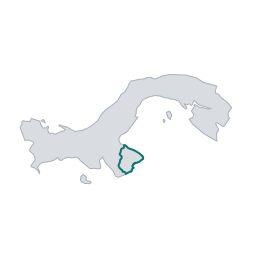 Los Santos on a map of Panama (Mercator projection), rotated 340°
{"feature_id": "PAN-1339", "entity_name": "Los Santos", "entity_type": "Province", "adm_level": 1, "iso_a3": "PAN", "parent_name": "Panama", "parent_adm1": "", "projection": "mercator", "projection_center": [-80.421, 7.617], "detail": "fine", "context": "in_parent", "style": "outline", "palette": "teal", "viewbox_px": 256, "rotation_deg": 340, "n_neighbors": 0, "source": "natural_earth", "source_scale": "10m", "svg_char_len": 4199}
<svg xmlns="http://www.w3.org/2000/svg" viewBox="0 0 256 256"><g transform="rotate(340 128 128)"><path d="M225.9,119.1L225.2,119.5L223.2,122.4L222.1,124.8L224.7,127.4L225.4,130.1L226.9,133.1L229.1,136.1L231.6,141.6L232.2,143.8L231.5,145.3L229.1,146.2L226.9,148.7L226.3,151.9L226.7,153.5L220.0,158.5L218.3,159.3L217.1,158.5L215.7,156.0L214.0,154.0L213.1,153.3L212.5,153.2L212.0,153.7L211.8,154.8L212.6,159.5L211.9,161.5L209.6,162.9L207.0,170.6L206.0,169.7L197.4,159.3L190.0,146.4L188.4,140.6L190.3,140.3L192.2,140.4L193.2,139.5L194.4,137.8L193.4,133.9L197.1,130.9L198.4,128.9L199.4,129.1L201.8,132.6L205.2,134.5L209.4,137.4L212.0,138.0L208.7,135.0L203.0,131.1L201.4,128.5L199.9,124.9L197.7,126.4L196.7,127.8L195.5,128.5L194.5,127.6L194.3,126.4L191.0,126.2L190.1,125.2L189.2,124.6L189.6,126.8L190.3,128.2L189.9,129.9L188.8,130.0L187.9,128.3L186.7,126.7L185.1,120.1L181.3,117.0L179.5,116.0L178.1,115.6L176.0,113.5L173.2,112.4L169.3,109.1L164.7,106.8L158.9,106.0L152.0,106.5L149.6,107.8L148.0,109.4L147.3,110.2L143.2,112.1L141.6,114.8L140.6,117.1L138.6,119.7L140.9,121.3L127.5,130.2L124.8,131.5L118.8,132.4L117.4,133.4L115.6,135.1L115.3,137.8L115.6,140.1L117.4,141.8L118.9,142.9L122.7,148.2L129.3,154.9L130.6,157.3L131.6,160.9L129.6,162.6L128.0,163.3L121.7,163.6L119.5,165.0L118.7,167.2L116.3,169.0L108.2,170.8L101.8,171.0L99.8,168.9L99.3,163.1L95.0,153.3L94.0,146.5L92.9,147.3L90.6,148.1L89.8,149.8L89.3,154.8L88.4,156.5L86.6,156.4L83.0,154.6L78.2,152.9L72.1,142.3L71.4,140.3L70.2,137.9L65.5,136.9L61.5,135.1L57.0,134.8L54.8,135.8L52.5,134.5L52.1,131.6L47.5,132.9L41.5,132.5L36.2,131.2L32.6,131.9L29.5,133.9L30.0,139.2L29.1,140.3L28.9,138.1L27.9,135.6L26.6,133.6L23.9,131.4L23.8,130.6L24.8,129.6L29.7,126.5L30.3,125.2L30.4,122.5L29.9,119.9L27.7,116.1L29.0,113.7L31.5,111.9L34.0,110.4L34.5,109.7L34.0,108.4L32.5,107.0L29.0,104.7L26.9,104.5L26.8,97.7L26.9,90.4L27.4,89.7L28.7,89.3L29.7,88.2L30.3,86.0L31.9,85.3L34.6,86.9L37.5,88.4L38.6,87.9L39.5,87.2L40.1,86.5L40.3,85.8L42.6,87.7L47.2,91.2L47.5,92.9L47.1,94.5L48.3,99.1L50.8,99.8L53.2,98.9L53.8,99.7L53.3,100.6L52.1,101.6L51.8,105.6L55.7,107.4L57.7,109.0L64.3,108.3L66.7,108.7L68.4,108.2L66.5,105.0L64.1,102.7L64.3,101.6L66.1,102.4L67.6,104.0L70.8,106.0L76.7,113.0L83.6,114.6L89.0,114.4L94.0,113.5L102.0,110.8L107.8,105.9L112.4,103.7L127.4,99.1L132.8,94.2L135.0,93.6L137.2,93.0L141.9,89.3L144.4,86.5L147.1,85.0L155.0,86.1L160.2,87.4L163.7,87.2L167.1,88.2L168.6,90.3L170.2,91.2L178.6,90.9L185.5,92.0L200.5,98.1L209.5,104.2L214.3,110.7L225.9,119.1ZM74.7,166.9L72.7,167.1L68.7,165.5L65.8,162.6L65.6,161.6L65.6,160.6L67.2,157.5L69.4,156.5L70.2,156.5L72.2,160.0L70.8,161.4L71.4,163.6L74.3,165.2L74.7,166.9ZM171.4,132.9L170.7,134.5L169.0,131.1L169.3,130.2L169.1,127.1L170.7,126.3L171.9,126.2L172.9,126.6L173.5,130.3L173.0,131.9L171.4,132.9ZM52.1,92.9L51.8,94.6L49.0,91.5L50.6,91.0L51.2,91.1L52.1,92.9ZM165.4,133.7L163.8,135.3L163.2,133.7L164.3,132.2L164.7,132.2L165.4,133.7Z" fill="#d9dde1" stroke="#a8b0b8" stroke-width="1"/><path d="M118.6,142.9L119.5,143.2L120.3,144.5L120.8,146.0L121.3,147.0L124.7,149.8L126.9,151.8L130.1,155.9L131.8,159.0L132.2,160.1L132.2,160.8L131.6,162.1L131.4,162.4L130.9,162.5L130.0,162.6L129.7,162.6L127.1,163.6L124.9,163.6L124.5,163.8L124.0,163.6L123.1,163.4L122.7,163.1L122.2,163.3L121.0,163.6L121.0,163.8L121.5,163.8L121.9,163.7L122.2,163.6L122.5,163.4L122.7,163.6L120.2,164.4L119.2,165.1L119.1,166.1L119.7,167.1L119.6,167.4L118.7,167.6L118.4,167.6L118.2,167.8L117.9,168.0L117.7,168.6L117.2,168.8L116.8,169.0L116.7,169.3L116.7,169.6L116.7,169.8L116.4,170.0L116.1,170.0L115.4,169.8L115.0,169.8L110.7,170.3L110.4,170.4L110.3,169.1L110.1,168.6L109.7,168.2L109.0,167.6L108.6,167.4L108.1,167.3L108.1,167.1L108.2,166.7L108.1,166.2L107.9,165.3L107.0,164.1L106.4,162.4L106.2,160.8L106.3,159.8L108.2,157.9L110.0,155.0L110.3,154.8L110.7,154.8L111.0,154.7L111.3,154.4L111.7,154.0L112.1,153.3L112.2,152.9L112.2,152.5L112.2,152.2L112.1,151.9L111.6,151.3L111.5,151.0L111.4,150.7L111.5,150.4L111.4,149.9L111.3,149.6L111.5,149.3L111.9,149.0L112.5,148.6L112.9,148.0L114.0,146.0L114.4,145.6L115.6,145.3L116.7,145.3L117.2,145.2L117.5,144.9L117.9,144.4L118.1,143.7L118.3,143.4L118.6,142.9Z" fill="none" stroke="#0f766e" stroke-width="2"/></g></svg>